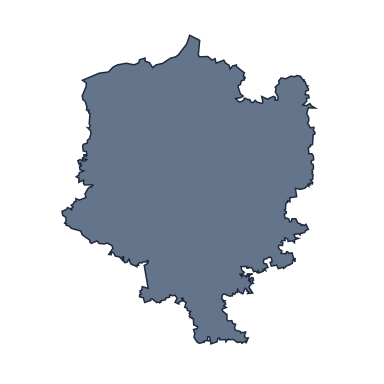 the district of Bogra, Rajshahi, Bangladesh, rotated 264°
{"feature_id": "16705992B87441692505107", "entity_name": "Bogra", "entity_type": "district", "adm_level": 2, "iso_a3": "BGD", "parent_name": "Bangladesh", "parent_adm1": "Rajshahi", "projection": "mercator", "projection_center": [89.284, 24.83], "detail": "fine", "context": "isolated", "style": "filled", "palette": "slate", "viewbox_px": 384, "rotation_deg": 264, "n_neighbors": 0, "source": "geoboundaries", "source_scale": "gbopen_adm2", "svg_char_len": 5955}
<svg xmlns="http://www.w3.org/2000/svg" viewBox="0 0 384 384"><g transform="rotate(264 192 192)"><path d="M314.6,94.8L311.5,98.3L307.9,97.7L299.1,92.9L295.3,93.1L293.3,95.2L291.2,95.7L286.9,96.4L284.9,95.6L283.6,96.8L284.2,98.0L281.4,97.6L280.6,98.8L270.7,96.9L268.2,97.7L266.4,96.3L266.8,95.0L263.3,97.6L260.6,97.6L255.9,95.7L254.4,93.5L251.6,93.0L250.8,89.0L249.5,88.1L244.2,88.1L243.2,91.1L239.2,91.3L238.6,90.6L240.2,89.9L240.3,88.3L238.4,88.5L237.2,86.6L235.5,86.4L236.0,89.2L235.2,90.8L233.8,88.2L235.9,83.8L235.0,81.7L231.0,82.8L230.7,83.8L232.0,84.1L230.6,84.9L229.4,84.7L229.0,82.8L225.9,82.9L224.3,86.5L223.0,81.9L221.0,81.6L219.2,78.5L217.7,81.1L213.4,80.4L215.2,85.4L211.6,85.0L210.3,85.9L209.4,94.7L208.8,93.0L207.5,92.8L207.8,90.9L206.0,88.7L201.4,85.4L197.6,86.0L195.8,79.2L197.5,75.8L194.9,75.8L194.6,73.9L192.7,72.9L191.5,70.5L189.4,72.1L188.2,70.3L185.9,70.9L188.4,69.1L189.5,66.4L187.8,65.4L186.4,60.7L182.3,61.0L180.1,63.8L176.6,63.8L174.1,62.1L173.6,63.8L172.1,63.3L171.2,65.9L168.4,68.2L164.9,77.2L160.9,78.4L154.7,85.4L153.1,85.1L151.4,86.5L153.3,92.5L150.6,94.1L149.5,99.2L150.0,102.4L147.3,106.6L144.4,107.5L138.6,102.7L138.1,105.1L140.9,105.4L139.6,107.7L136.3,109.0L135.0,113.2L131.6,115.6L134.4,115.7L134.9,117.2L130.9,116.8L128.7,117.8L129.1,120.4L131.8,122.3L127.0,123.5L123.5,129.4L124.8,129.3L124.8,131.3L125.9,130.8L127.3,132.7L126.6,134.8L127.7,135.9L127.2,139.5L128.6,140.2L128.2,141.3L125.6,140.6L124.0,136.8L100.8,138.3L103.1,132.6L99.6,131.8L99.3,130.1L98.1,129.7L96.0,131.0L95.5,129.3L93.3,128.8L91.9,132.5L87.1,133.4L88.5,139.7L89.7,139.5L90.1,141.0L85.7,145.4L86.1,147.5L85.2,148.1L85.7,149.6L87.1,149.9L87.6,154.3L89.3,154.8L89.7,158.7L92.1,159.1L90.8,161.8L91.1,164.4L87.8,166.1L84.1,163.6L82.0,167.2L83.8,167.5L84.8,171.1L87.4,170.6L87.7,171.7L84.0,172.6L82.7,174.6L78.0,172.7L77.1,174.8L74.7,175.1L73.3,178.2L71.6,176.5L70.4,177.4L69.4,176.4L67.2,177.0L67.3,178.7L66.1,178.8L65.7,180.1L59.6,179.8L57.5,183.5L55.6,182.8L55.1,179.1L51.2,180.0L47.2,178.8L42.0,181.5L40.8,183.6L41.4,188.5L42.6,188.6L42.6,192.1L46.1,192.3L46.4,194.0L43.9,194.9L42.2,193.4L42.0,194.8L39.0,194.9L40.4,201.3L43.5,202.4L44.0,204.0L42.1,204.2L41.7,209.8L39.5,210.1L42.2,212.7L41.2,213.5L41.0,217.7L37.6,221.4L37.8,225.2L36.4,225.7L38.1,229.9L35.9,229.8L41.0,232.7L41.1,230.0L43.2,229.1L47.1,230.7L46.9,225.7L48.2,225.5L50.2,220.4L52.8,220.2L55.9,221.6L57.0,218.8L59.9,218.2L59.9,214.3L61.5,213.4L66.5,213.9L70.4,209.9L72.5,210.0L73.6,214.0L75.4,211.5L76.9,213.7L78.4,213.6L79.3,212.2L80.4,213.5L80.5,211.4L82.0,211.4L82.5,210.2L86.6,211.6L87.3,213.3L84.5,218.4L84.5,221.3L87.0,222.0L85.8,223.8L87.5,225.0L87.4,226.5L90.4,227.2L87.6,228.5L85.4,231.9L90.7,234.8L88.6,236.7L87.8,236.2L87.0,238.0L85.2,236.7L85.2,241.8L91.5,238.6L94.4,241.3L94.8,243.3L95.5,242.4L97.4,243.3L97.4,242.3L98.1,243.9L100.3,243.7L100.7,242.2L99.2,240.7L96.3,240.5L98.2,239.1L103.4,240.7L104.2,243.8L104.8,238.5L104.0,238.0L104.3,239.7L103.2,240.0L102.0,237.3L102.7,236.2L101.3,236.7L103.7,235.4L104.0,233.6L102.7,232.8L104.3,232.7L103.9,231.7L105.4,231.1L105.3,233.8L106.6,235.6L109.1,233.2L112.6,233.0L112.2,238.8L110.5,238.5L110.3,240.4L111.2,240.9L110.2,243.7L106.3,245.0L106.7,246.9L104.7,248.8L106.7,249.5L104.6,250.4L105.7,254.5L107.6,254.5L106.1,257.1L108.4,256.5L109.0,259.7L112.7,258.5L113.2,256.1L114.8,255.7L117.7,256.6L117.7,259.2L118.7,260.3L119.1,263.2L117.3,264.2L114.0,264.2L113.9,262.3L110.0,263.1L110.4,268.6L106.7,269.8L107.6,274.9L106.4,275.2L108.8,278.7L109.3,281.5L110.7,284.4L113.8,285.2L113.6,286.5L111.8,287.2L115.0,287.6L115.1,286.2L121.1,285.1L120.9,281.8L122.7,280.8L122.6,279.6L120.8,279.1L121.7,274.1L124.2,275.3L125.6,273.1L128.6,272.0L130.0,273.3L129.3,276.4L132.1,277.0L132.9,275.4L134.2,276.6L134.0,279.5L136.7,279.4L135.2,282.2L132.8,282.4L133.0,286.7L130.9,288.6L133.8,289.0L134.8,293.0L135.8,289.9L139.1,289.0L139.4,293.6L138.0,295.1L139.4,295.6L140.0,299.8L141.6,300.8L142.7,303.8L148.0,301.9L146.9,300.2L147.9,298.7L147.3,297.0L148.7,296.9L150.3,293.9L154.6,292.4L154.9,288.6L152.3,287.8L152.2,286.0L155.0,285.5L156.2,283.3L155.9,281.9L160.3,281.4L160.9,283.4L162.5,283.8L164.3,282.0L165.3,283.3L169.9,283.9L171.6,284.8L171.7,286.0L173.4,286.3L172.1,288.4L176.0,288.6L176.4,295.6L184.9,295.2L183.3,300.0L184.0,304.6L186.4,307.8L185.6,308.7L187.5,308.4L186.7,310.0L188.5,310.2L187.4,312.4L188.6,313.1L191.6,311.2L191.8,313.2L196.4,314.2L197.8,313.2L198.9,314.1L200.8,313.6L202.4,315.2L204.6,315.4L206.7,315.3L207.5,313.9L210.6,313.9L211.3,316.4L215.1,316.4L217.5,315.3L217.8,312.3L224.0,312.3L224.9,314.6L226.5,314.8L226.5,316.8L236.5,318.5L236.7,320.1L238.2,320.6L240.3,319.2L243.6,320.0L243.5,316.4L248.7,314.1L250.1,315.4L253.5,315.9L257.9,314.2L263.5,316.5L262.6,323.3L265.2,319.8L267.6,318.5L265.9,314.8L267.0,311.2L270.2,315.5L273.3,315.8L273.4,318.3L276.1,318.0L277.0,314.8L280.5,315.7L281.0,318.3L282.2,318.6L284.7,317.4L285.3,318.3L285.7,317.0L289.8,316.0L290.6,314.6L291.6,315.4L292.6,313.6L295.8,311.9L296.9,308.3L295.9,306.3L296.9,302.3L294.8,297.2L296.1,292.5L293.4,289.8L290.7,290.1L287.6,285.7L285.8,286.5L282.9,285.3L277.6,287.6L274.6,287.0L274.8,284.1L277.2,285.0L278.6,283.1L276.5,276.6L279.7,271.3L273.9,271.9L272.7,270.8L274.8,265.8L276.6,264.6L274.6,262.0L274.9,260.2L278.0,259.0L278.0,257.0L279.7,254.9L279.7,253.6L278.2,253.3L276.8,250.7L276.7,248.2L280.4,245.1L280.8,250.5L282.1,252.9L284.5,250.4L291.8,248.8L293.1,249.2L293.7,251.3L297.3,252.6L298.1,255.9L299.5,255.5L300.0,257.4L300.1,255.8L300.8,256.5L302.2,255.1L304.9,256.6L312.2,249.3L313.7,249.4L313.1,245.5L310.3,242.7L314.2,242.1L316.6,238.9L319.8,237.4L317.6,229.4L322.2,228.9L321.1,225.7L325.1,221.9L325.6,213.6L327.6,212.6L342.0,215.5L348.1,206.1L339.8,202.2L329.7,192.7L328.1,189.7L327.3,184.4L323.0,176.3L322.2,169.6L319.8,165.9L325.1,163.2L326.9,159.2L330.1,159.3L329.0,153.6L326.1,152.6L324.5,147.8L326.9,140.1L326.2,131.1L324.6,126.8L320.1,121.4L319.9,112.3L314.6,94.8Z" fill="#64748b" stroke="#1e293b" stroke-width="1.5"/></g></svg>